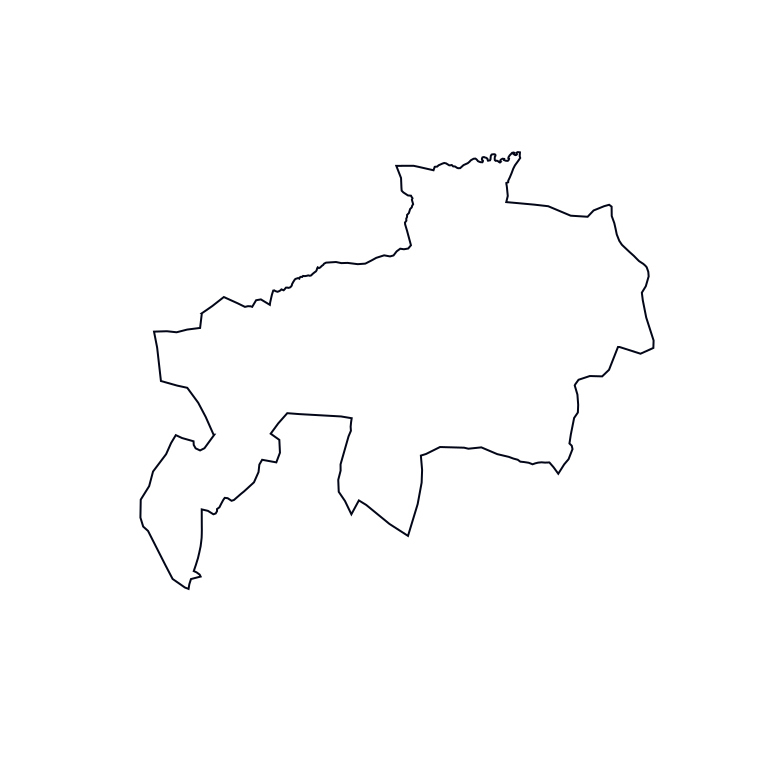 Kabo, Kano, Nigeria (orthographic projection), rotated 294°
{"feature_id": "59680162B55022918372626", "entity_name": "Kabo", "entity_type": "district", "adm_level": 2, "iso_a3": "NGA", "parent_name": "Nigeria", "parent_adm1": "Kano", "projection": "orthographic", "projection_center": [8.188, 11.892], "detail": "fine", "context": "isolated", "style": "outline", "palette": "ink", "viewbox_px": 768, "rotation_deg": 294, "n_neighbors": 0, "source": "geoboundaries", "source_scale": "gbopen_adm2", "svg_char_len": 4714}
<svg xmlns="http://www.w3.org/2000/svg" viewBox="0 0 768 768"><g transform="rotate(294 384 384)"><path d="M638.6,519.8L639.3,516.8L636.0,512.8L627.8,504.9L619.6,502.0L613.7,486.1L613.2,461.7L608.9,448.1L603.6,432.5L599.9,421.7L606.1,420.6L614.0,416.1L615.9,414.9L616.5,414.4L617.5,414.0L617.8,414.4L618.3,414.9L618.8,415.4L620.3,414.8L623.8,414.9L628.5,414.8L633.3,414.5L637.0,414.7L642.2,415.8L645.9,416.5L647.3,415.3L650.9,414.0L650.5,412.6L650.2,411.8L649.4,411.2L648.3,411.4L648.0,412.0L647.2,411.8L646.6,411.1L646.5,410.2L646.8,408.8L647.4,409.0L648.2,409.1L648.2,408.3L647.3,407.0L645.8,406.5L643.9,405.8L641.7,405.5L640.8,405.8L640.7,406.6L639.6,406.8L638.2,406.3L637.5,404.5L637.4,402.5L638.5,402.2L638.0,400.6L636.3,399.4L635.4,399.4L634.6,399.7L634.5,400.3L633.5,399.8L633.6,398.6L633.9,397.6L633.9,396.2L633.3,395.3L633.6,394.2L635.0,393.4L636.9,392.8L637.8,393.0L638.5,392.7L638.9,391.8L638.3,390.3L637.4,389.0L635.8,388.8L633.7,389.5L632.6,389.9L631.5,389.9L630.3,388.2L631.0,387.4L631.9,386.8L632.2,385.4L632.0,384.0L632.0,383.0L631.1,381.8L629.8,381.8L629.0,382.1L628.5,382.6L628.3,383.5L627.5,383.8L626.6,383.7L626.3,382.9L625.9,381.9L625.8,380.7L625.8,379.2L626.4,378.1L626.9,376.9L627.1,375.8L626.2,374.2L624.9,373.2L623.6,372.3L621.8,371.7L619.8,370.7L616.3,367.6L612.2,365.8L611.3,364.0L611.2,362.7L611.6,360.6L611.4,359.8L610.9,358.7L611.4,357.4L611.6,356.8L610.6,355.4L610.3,354.6L610.8,351.0L610.4,349.1L608.9,347.5L607.3,346.1L606.0,344.9L604.3,344.2L603.5,342.8L603.0,342.0L599.4,342.3L596.4,327.1L595.4,322.4L588.3,306.5L579.1,315.8L570.4,320.1L567.8,321.5L566.9,323.7L566.0,329.2L567.0,332.1L566.3,332.9L565.3,334.5L563.7,334.5L563.1,335.0L560.1,337.5L558.4,337.2L556.6,337.5L554.5,336.7L550.3,337.2L547.9,336.3L546.0,337.1L544.0,337.1L542.3,338.0L540.0,337.5L538.4,338.4L532.9,343.1L521.7,352.2L517.6,351.0L515.2,347.4L514.2,343.8L510.3,341.6L505.3,340.4L503.0,337.6L501.6,331.8L496.1,325.6L492.0,322.5L486.4,318.0L482.8,311.3L479.8,301.4L477.1,295.9L475.9,290.5L471.3,281.7L469.5,280.3L468.0,280.0L466.9,279.3L465.8,278.8L464.6,278.4L463.4,277.4L463.6,276.0L462.4,275.9L460.4,276.2L459.2,276.0L457.7,275.1L455.5,274.0L453.6,273.3L452.7,272.2L452.4,270.6L451.4,269.4L450.4,267.9L449.8,266.1L448.5,265.7L448.2,264.6L447.1,263.7L445.8,263.8L445.8,262.4L444.8,261.3L444.0,260.4L443.0,260.0L440.4,259.6L437.9,259.4L436.4,259.7L435.1,259.4L433.9,258.8L432.9,257.5L432.7,256.3L432.1,255.2L430.1,254.7L428.8,254.2L428.7,251.8L427.4,251.3L426.2,250.5L425.0,249.3L424.8,248.1L424.7,246.8L424.9,245.7L424.3,244.8L419.9,245.3L412.3,246.8L409.9,247.5L411.2,237.1L408.5,233.1L400.9,232.2L400.7,230.4L399.7,228.0L397.9,225.6L398.2,217.4L398.3,202.3L385.3,195.4L374.3,188.7L374.3,188.9L360.4,193.2L360.0,192.5L353.7,182.1L346.9,173.5L343.9,164.2L338.3,152.6L324.9,162.0L296.0,179.0L298.4,195.6L300.5,205.8L300.4,206.0L291.3,221.9L281.4,234.5L268.4,248.9L268.7,249.6L252.3,246.1L248.5,243.0L248.6,238.1L250.9,235.0L254.2,233.3L252.5,221.5L252.6,214.6L243.5,213.5L231.3,213.5L210.1,208.6L195.2,211.0L179.4,208.8L162.9,215.8L155.8,222.0L153.8,228.2L129.9,257.6L119.9,270.2L117.1,284.9L117.3,288.8L121.9,287.6L127.3,287.0L133.5,294.8L134.9,293.1L135.7,289.4L135.7,286.3L142.4,285.7L145.6,285.3L149.2,284.9L154.9,283.8L161.1,282.5L165.4,281.2L169.2,280.0L171.7,279.0L172.7,278.6L176.7,276.9L180.4,275.2L195.3,268.5L196.5,274.7L195.6,281.1L196.1,281.7L197.3,282.9L199.9,283.2L200.8,282.8L201.8,282.3L204.4,283.8L208.6,284.0L212.6,284.3L215.2,284.8L215.4,285.4L216.1,287.6L215.3,292.2L217.0,294.1L225.6,298.1L228.9,299.8L241.3,305.2L252.5,305.2L259.7,302.9L265.2,303.5L268.6,317.5L278.9,316.9L290.4,311.1L292.5,300.7L305.0,303.4L318.0,307.5L322.1,319.0L336.9,358.0L339.6,368.4L335.6,369.5L331.4,370.9L327.8,372.8L321.8,372.9L292.9,377.0L287.2,379.6L277.8,381.2L267.1,386.5L261.2,396.0L251.7,407.2L267.4,408.4L266.3,416.9L258.4,445.8L255.0,467.7L288.0,463.6L309.2,458.5L320.9,453.8L333.6,446.8L337.2,450.9L349.2,460.8L358.4,483.1L359.2,487.4L365.7,498.7L366.0,516.0L368.2,527.7L368.5,532.5L369.2,537.0L368.5,540.1L369.7,543.8L370.9,548.2L371.1,552.4L373.0,554.4L374.8,556.7L376.5,559.7L377.7,563.1L379.6,567.0L377.0,572.6L372.9,579.7L383.9,581.3L390.4,583.2L398.8,582.8L401.2,582.7L404.0,580.6L405.1,577.6L413.9,575.2L430.3,571.5L436.8,572.7L443.9,569.9L453.0,565.0L460.3,558.8L461.7,558.9L467.0,560.0L475.0,568.8L479.7,580.2L488.5,583.8L513.0,582.7L513.6,584.2L516.0,606.0L526.5,615.4L533.4,612.6L551.4,596.5L565.7,586.4L572.3,582.4L579.8,583.4L590.0,582.0L594.0,579.8L597.5,576.5L598.4,574.6L599.2,572.1L600.0,567.1L600.8,564.9L602.7,560.1L604.5,554.5L607.2,546.8L608.0,544.6L610.5,540.7L615.3,535.8L619.9,532.5L624.7,528.9L630.1,523.7L638.6,519.8Z" fill="none" stroke="#020617" stroke-width="2"/></g></svg>